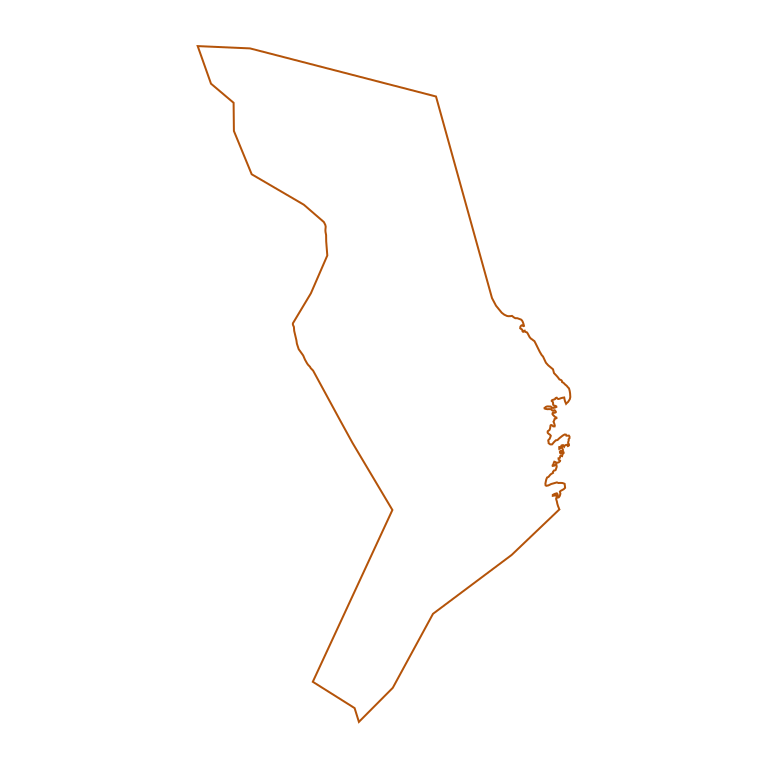 outline of Ulaangom, Uvs, Mongolia
{"feature_id": "93677404B81994197463432", "entity_name": "Ulaangom", "entity_type": "district", "adm_level": 2, "iso_a3": "MNG", "parent_name": "Mongolia", "parent_adm1": "Uvs", "projection": "albers", "projection_center": [92.268, 50.307], "detail": "fine", "context": "isolated", "style": "outline", "palette": "amber", "viewbox_px": 768, "rotation_deg": 0, "n_neighbors": 0, "source": "geoboundaries", "source_scale": "gbopen_adm2", "svg_char_len": 4382}
<svg xmlns="http://www.w3.org/2000/svg" viewBox="0 0 768 768"><path d="M197.7,46.1L211.0,83.7L233.6,102.8L233.9,131.0L251.7,174.3L303.8,204.7L323.9,222.1L325.3,224.9L325.7,226.7L325.4,230.0L325.5,231.9L326.1,235.1L326.2,241.4L327.3,255.5L310.9,293.3L292.9,323.3L292.9,324.7L293.9,327.0L294.2,330.9L296.4,340.3L296.9,343.7L298.7,349.2L303.2,355.5L305.0,359.7L306.8,362.9L307.9,364.6L310.0,366.8L310.7,368.1L313.1,370.6L340.3,420.7L352.5,442.9L392.4,510.0L312.8,681.8L354.6,708.1L358.9,721.9L392.8,687.8L433.0,613.8L511.7,554.9L560.0,508.8L559.3,509.4L558.7,507.7L558.1,506.3L557.3,503.7L556.9,501.6L556.1,498.9L556.5,497.5L556.9,496.3L555.8,495.4L554.6,495.5L552.8,495.8L552.8,494.9L554.7,493.9L556.8,493.3L557.6,494.3L557.8,496.1L558.1,497.5L558.8,497.3L559.5,496.4L559.9,495.5L560.4,493.7L559.9,491.6L560.8,490.8L561.9,490.2L563.7,489.2L565.1,487.8L564.9,485.8L564.6,483.8L563.6,483.4L562.4,483.0L560.4,482.9L558.4,483.0L556.9,482.4L554.1,483.2L551.2,484.0L548.4,485.4L546.4,485.8L545.6,485.4L545.4,483.6L545.8,481.6L546.3,479.4L547.1,477.5L548.5,476.9L550.3,474.7L551.3,473.9L553.7,472.5L553.1,472.6L553.0,471.8L554.0,470.5L554.8,470.4L555.4,470.2L555.7,469.9L556.0,468.9L556.4,467.8L556.7,466.8L556.5,465.3L556.3,464.4L555.8,464.3L555.3,465.0L554.6,465.5L553.5,465.8L552.7,465.9L552.6,465.3L553.0,464.8L553.6,463.7L553.8,462.7L554.3,461.7L555.2,462.0L556.4,462.6L557.4,462.7L558.8,462.3L560.0,461.2L560.1,460.6L559.3,460.1L558.7,459.7L558.6,459.1L558.5,458.3L559.9,457.8L560.1,457.1L560.2,456.2L560.5,455.7L561.4,455.9L562.1,456.1L562.3,455.2L562.4,454.4L563.0,453.7L563.7,452.9L563.5,452.3L562.8,452.5L561.6,452.8L560.7,453.3L560.0,452.8L559.9,451.7L560.3,451.1L561.0,450.8L561.9,451.2L562.4,451.2L562.8,450.7L563.0,450.1L562.8,449.4L562.4,448.6L562.0,447.7L561.6,447.7L560.7,448.0L559.8,448.7L559.3,448.9L559.2,447.7L559.3,447.0L560.7,447.1L561.5,447.0L561.5,446.7L561.4,445.6L562.2,445.2L563.1,445.2L563.3,446.2L564.1,446.8L564.3,446.2L565.1,445.3L566.2,444.9L567.0,444.9L567.8,446.1L568.4,445.9L569.0,445.3L568.9,444.2L568.1,443.0L568.2,442.0L568.7,440.5L568.6,439.3L569.5,438.2L569.5,436.6L568.9,435.6L566.4,435.7L565.9,434.6L564.6,434.5L562.7,435.6L560.0,437.7L558.4,439.1L557.7,439.9L556.8,440.2L555.8,440.3L553.9,442.2L552.5,443.9L552.0,444.4L550.3,444.4L549.3,443.7L548.6,443.1L548.6,441.9L548.2,440.8L548.6,439.7L549.6,438.9L550.3,437.2L550.8,435.8L550.1,434.8L548.8,433.9L547.8,433.0L547.6,432.1L547.8,431.2L548.7,430.6L549.6,429.8L550.1,428.3L550.4,426.4L550.5,425.5L551.1,425.0L551.9,425.2L553.3,426.4L554.6,426.4L554.8,425.5L554.1,423.1L553.5,421.7L554.2,420.4L554.5,419.1L555.3,418.7L556.5,418.1L556.4,417.5L555.3,417.1L554.5,416.4L553.8,415.7L552.9,414.8L552.5,414.2L552.5,413.5L552.7,413.0L554.0,412.8L555.1,412.6L555.7,412.3L555.9,412.0L555.7,411.5L554.9,410.4L554.3,410.2L553.7,410.4L553.1,410.8L552.6,410.7L551.1,409.3L550.3,409.1L549.8,409.1L548.9,409.1L547.5,409.2L545.7,408.9L544.6,408.5L544.5,408.0L545.1,407.6L545.7,407.0L546.9,406.5L547.8,406.4L549.5,406.5L550.6,406.5L551.5,407.3L552.6,407.9L553.6,407.9L555.2,407.5L556.4,406.9L556.3,406.4L555.5,405.9L554.6,405.7L553.8,405.5L553.5,405.2L553.1,404.5L553.1,403.6L553.0,402.5L552.8,402.0L552.3,401.5L551.7,401.0L551.7,400.6L552.2,400.1L552.8,399.9L554.0,399.5L555.0,399.1L555.5,398.2L556.0,397.9L556.7,397.7L557.0,398.1L557.5,398.7L558.4,399.0L559.4,398.8L561.2,398.1L562.9,397.7L564.2,397.5L564.3,398.0L564.6,399.6L565.1,401.5L566.1,403.8L566.7,403.1L568.1,401.9L569.8,399.2L570.3,397.1L570.1,393.6L569.7,391.0L569.0,388.4L568.0,387.4L566.7,385.8L564.9,384.3L564.0,383.3L563.3,382.7L562.1,382.1L562.0,381.2L561.5,380.4L560.6,379.8L559.5,379.5L557.8,377.2L556.3,375.5L554.0,373.1L553.0,369.3L548.2,365.3L545.9,362.7L543.0,356.5L541.7,355.1L539.7,351.7L535.7,343.6L534.4,341.1L533.2,340.3L532.4,339.6L530.9,338.6L529.6,337.1L527.6,333.3L526.8,332.3L526.1,332.1L525.4,331.9L525.1,331.6L524.9,331.2L524.7,330.7L524.2,330.9L524.0,331.4L523.5,331.8L522.9,331.7L522.4,331.0L522.4,330.1L521.8,329.3L521.0,328.9L520.2,328.3L520.3,327.5L520.4,326.7L521.1,325.7L521.7,325.3L522.4,325.2L522.8,325.8L523.7,326.1L524.0,325.9L523.8,325.2L523.4,323.7L522.8,322.0L522.1,320.6L521.1,319.6L519.2,318.9L517.3,318.2L515.3,318.2L513.9,317.4L512.0,315.9L510.6,316.1L508.6,316.2L507.1,316.0L504.3,314.7L501.7,312.7L496.0,305.7L492.0,298.1L436.0,96.5L250.0,48.4L197.7,46.1Z" fill="none" stroke="#b45309" stroke-width="2"/></svg>